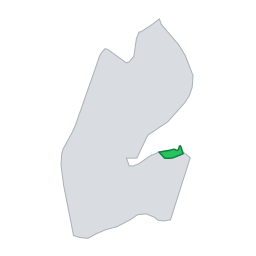 Djibouti, with Djibouti highlighted, rotated 352°
{"feature_id": "DJI-1567", "entity_name": "Djibouti", "entity_type": "City", "adm_level": 1, "iso_a3": "DJI", "parent_name": "Djibouti", "parent_adm1": "", "projection": "equal_earth", "projection_center": [43.069, 11.565], "detail": "fine", "context": "in_parent", "style": "filled", "palette": "green", "viewbox_px": 256, "rotation_deg": 352, "n_neighbors": 0, "source": "natural_earth", "source_scale": "10m", "svg_char_len": 1077}
<svg xmlns="http://www.w3.org/2000/svg" viewBox="0 0 256 256"><g transform="rotate(352 128 128)"><path d="M185.5,166.0L177.9,181.8L168.3,201.9L157.3,224.8L150.4,225.0L145.1,223.6L141.4,219.8L133.9,215.5L125.4,215.2L117.3,219.2L103.6,224.1L91.2,225.7L81.3,228.5L73.0,231.7L65.6,229.9L59.1,227.0L57.8,202.7L56.3,176.2L56.5,155.6L58.8,144.2L60.8,139.8L72.5,124.0L76.5,117.6L89.9,91.6L101.4,69.4L109.9,52.7L112.6,49.4L116.2,46.3L118.7,47.2L135.3,63.2L138.2,62.8L143.8,57.8L148.8,40.6L152.4,34.4L153.9,34.6L164.5,29.8L174.2,24.3L175.4,30.0L190.0,53.0L194.8,64.3L199.7,85.1L197.2,96.7L193.4,104.2L187.7,110.9L168.2,127.4L146.5,137.9L132.6,159.0L122.3,157.6L123.9,165.5L127.7,166.4L133.7,164.9L145.7,158.8L156.3,155.9L167.8,155.6L178.1,158.3L185.5,166.0Z" fill="#d9dde1" stroke="#a8b0b8" stroke-width="1"/><path d="M155.4,156.2L167.6,155.9L169.4,155.4L171.2,155.5L173.0,157.0L174.8,156.5L175.7,154.8L176.3,153.3L177.3,152.9L177.8,154.1L179.0,161.0L178.8,161.2L168.4,163.8L165.2,163.8L160.2,163.1L155.5,156.4L155.4,156.2Z" fill="#22c55e" stroke="#15803d" stroke-width="1.5"/></g></svg>